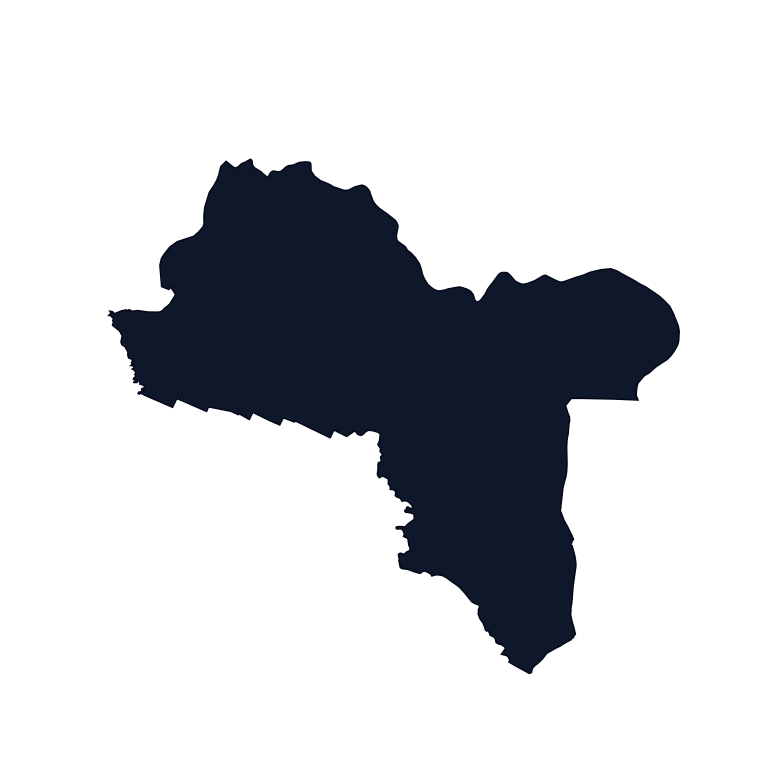 outline of Ixhuatlán del Sureste, Veracruz, Mexico, rotated 115°
{"feature_id": "50627088B30593781264169", "entity_name": "Ixhuatlán del Sureste", "entity_type": "district", "adm_level": 2, "iso_a3": "MEX", "parent_name": "Mexico", "parent_adm1": "Veracruz", "projection": "natural_earth1", "projection_center": [-94.38, 17.981], "detail": "fine", "context": "isolated", "style": "filled", "palette": "ink", "viewbox_px": 768, "rotation_deg": 115, "n_neighbors": 0, "source": "geoboundaries", "source_scale": "gbopen_adm2", "svg_char_len": 6171}
<svg xmlns="http://www.w3.org/2000/svg" viewBox="0 0 768 768"><g transform="rotate(115 384 384)"><path d="M511.0,118.5L508.4,119.8L503.0,121.3L487.0,127.3L468.0,133.1L464.9,134.6L459.7,138.0L452.9,143.6L450.9,145.5L450.6,146.9L450.1,147.3L448.3,146.7L446.9,147.2L446.0,146.8L444.6,146.7L442.1,149.4L436.0,157.0L431.3,163.4L424.3,170.6L403.0,177.8L397.4,179.0L391.5,179.9L386.3,181.4L379.2,184.3L364.2,191.7L359.1,193.8L355.0,195.2L351.4,196.0L341.8,199.6L338.9,200.2L335.3,202.2L333.2,204.5L326.9,210.4L317.9,208.2L313.4,198.6L300.2,168.7L291.2,147.0L287.8,150.6L284.2,152.1L278.7,153.8L275.9,154.2L266.4,151.6L262.0,148.5L253.3,144.7L241.8,137.6L237.1,136.0L233.4,135.2L226.7,134.4L223.5,134.5L220.3,135.2L211.5,138.7L206.9,141.9L198.0,151.4L192.9,157.8L189.9,165.6L187.9,172.4L185.5,187.2L185.2,194.5L184.4,201.3L183.6,215.2L183.1,220.2L183.7,227.1L188.6,235.5L196.0,244.8L201.0,249.2L205.5,254.3L215.6,264.6L217.3,267.6L217.5,271.9L217.2,283.7L218.7,285.5L226.8,291.1L232.0,296.2L234.6,299.4L235.4,301.9L235.5,305.3L235.4,308.3L232.5,314.7L231.5,317.3L231.1,319.7L232.8,323.6L234.1,325.2L236.1,326.4L245.1,328.1L249.8,329.3L254.2,330.1L260.4,330.3L262.4,330.9L264.3,331.1L267.2,331.9L268.8,332.6L270.0,334.0L270.3,335.8L269.2,337.5L265.1,341.2L263.3,344.9L263.0,349.0L263.8,355.2L264.6,357.3L266.8,360.5L270.7,366.0L273.1,368.5L276.2,372.9L277.1,376.1L277.1,378.7L276.7,381.1L276.0,383.9L275.1,386.6L271.7,391.7L269.7,394.1L267.3,396.5L264.1,398.9L261.7,401.1L259.6,403.5L256.1,409.3L254.0,414.6L252.8,419.5L251.2,421.7L250.3,423.9L249.0,431.3L248.0,433.1L246.4,434.4L244.0,435.6L235.2,437.9L233.8,439.0L232.5,440.4L231.1,442.6L230.2,445.7L228.5,453.2L226.8,462.6L225.2,467.1L223.7,470.0L221.7,472.4L217.1,477.1L215.5,478.3L214.1,480.7L213.3,482.7L212.8,485.0L212.9,487.5L213.8,489.0L216.7,492.6L218.9,494.8L222.9,497.7L224.4,499.8L225.2,501.6L225.8,504.5L225.9,507.0L226.7,513.2L226.2,516.9L226.2,520.1L226.6,527.4L225.1,534.5L221.8,540.1L215.5,543.3L214.4,545.0L215.8,548.9L219.0,554.4L223.8,558.6L226.5,562.8L229.2,564.8L232.0,565.8L235.3,567.6L236.6,569.8L237.1,572.2L237.8,574.4L239.5,575.7L241.6,576.3L243.2,576.3L246.0,576.9L244.6,582.5L243.5,585.8L242.9,592.0L242.1,594.2L240.9,595.8L237.2,598.2L236.7,600.0L241.1,603.1L244.7,606.3L248.0,607.6L250.3,608.9L251.3,610.9L250.8,613.8L248.9,621.2L256.0,623.8L264.6,622.0L270.0,621.6L277.0,622.2L284.2,623.3L299.6,621.1L307.7,618.3L314.9,614.8L317.9,614.4L324.7,616.3L330.6,618.9L342.4,631.5L350.6,636.1L360.3,638.3L364.5,638.7L371.1,637.3L389.7,626.7L389.2,618.9L386.4,617.9L391.0,610.7L402.4,612.0L408.4,615.0L410.9,615.7L413.2,617.3L414.6,619.6L418.4,628.1L421.7,638.7L424.5,642.9L424.3,646.4L425.7,647.2L425.9,649.2L428.6,652.7L433.0,656.9L433.7,657.3L434.0,659.1L433.2,660.7L433.9,663.2L434.5,662.2L435.7,661.6L438.0,662.4L437.5,661.6L438.4,658.6L438.1,658.1L439.4,656.7L440.9,656.8L442.1,655.8L442.5,655.0L443.3,654.7L444.2,655.2L445.5,654.9L447.6,646.3L450.9,641.6L457.3,640.1L459.4,637.7L459.3,635.2L462.0,631.2L463.7,629.3L466.0,628.5L468.2,626.6L468.3,625.4L467.9,623.7L469.8,621.1L471.0,622.0L471.9,621.3L472.0,620.2L474.1,621.2L473.5,620.0L474.0,619.3L473.7,618.1L474.0,617.4L474.6,617.3L476.9,618.4L476.7,616.8L477.3,616.0L477.4,615.4L478.7,613.6L480.1,613.6L480.5,613.9L480.7,613.3L482.2,612.3L484.6,613.3L485.6,613.1L484.8,611.8L485.3,610.8L488.1,611.6L488.4,611.4L487.3,608.9L486.6,608.5L485.0,608.3L484.6,607.8L486.3,605.2L487.2,605.3L486.8,603.4L487.0,601.1L487.3,599.7L487.6,599.5L489.6,600.4L490.9,601.6L491.4,601.3L491.8,599.9L494.2,601.4L494.9,602.7L496.5,602.9L496.6,601.6L495.5,601.6L495.1,597.9L495.3,596.1L494.5,565.8L484.7,565.6L483.8,533.2L478.9,533.4L473.5,511.5L473.3,503.0L472.1,503.1L473.1,491.7L473.0,491.0L465.1,491.0L465.5,473.2L465.2,461.2L457.2,461.0L456.3,449.1L454.9,449.1L455.5,410.1L446.9,409.9L447.3,395.7L439.0,390.8L439.3,389.1L440.5,387.3L440.7,385.1L440.2,383.1L439.1,382.0L435.1,380.5L433.4,379.3L432.0,377.7L430.7,372.8L430.3,368.9L430.6,366.9L431.1,366.2L436.0,364.5L438.8,363.9L441.1,364.1L442.3,362.9L443.3,360.7L444.5,359.6L446.6,359.1L447.3,358.1L448.5,355.7L449.5,355.2L451.0,356.3L452.4,355.8L453.9,354.4L456.3,354.0L457.6,355.8L459.6,355.4L463.5,353.5L468.6,351.9L469.5,351.0L470.7,349.4L470.8,348.5L469.1,347.4L468.0,346.3L468.1,341.4L468.3,340.2L469.7,339.1L472.6,338.0L474.5,334.7L476.9,333.8L476.0,331.5L475.8,330.0L476.4,328.5L477.1,327.5L480.1,326.8L480.7,325.9L480.9,324.2L480.6,321.1L481.6,319.5L482.6,318.4L482.1,317.4L480.9,315.9L480.4,313.5L480.7,311.3L482.2,307.3L483.5,305.9L484.4,305.9L484.9,306.4L485.6,307.5L485.7,308.4L485.3,309.5L485.3,310.3L485.8,311.2L486.9,311.3L487.9,310.7L488.5,310.8L489.7,311.7L490.3,311.6L491.1,310.1L490.4,308.5L489.5,304.9L489.2,302.5L489.6,301.7L493.6,299.5L494.8,299.9L498.1,301.8L498.7,301.8L499.9,302.9L504.1,304.3L505.2,305.5L505.6,307.5L507.9,312.0L509.0,312.4L509.9,311.8L509.8,310.5L508.4,308.2L508.1,306.7L508.5,305.3L510.5,302.8L512.0,302.0L513.9,301.9L513.8,298.4L514.1,297.0L519.9,293.1L521.4,291.3L522.6,290.4L525.0,290.8L526.8,292.6L527.7,292.8L529.4,293.8L530.2,294.5L530.2,297.1L530.8,298.1L531.8,298.7L532.8,298.8L535.7,296.5L537.8,295.8L543.2,291.9L543.7,290.6L543.5,288.9L541.9,284.2L541.5,278.5L540.6,272.1L539.6,270.6L538.1,270.2L537.4,269.6L536.5,268.2L536.1,267.0L536.2,264.0L536.6,260.5L537.5,260.1L537.8,259.5L535.8,257.4L534.4,255.1L533.2,251.5L532.9,249.2L533.2,245.2L534.2,240.5L535.6,232.6L536.2,229.9L539.2,222.6L542.4,216.3L544.2,212.4L544.6,209.7L544.3,204.4L544.7,203.8L546.9,203.0L548.5,203.1L550.9,201.9L552.5,201.6L556.2,197.8L558.7,193.4L561.9,189.9L564.0,188.2L564.5,186.4L563.9,185.9L563.7,185.0L564.7,183.8L564.9,183.0L565.8,182.7L566.7,181.8L566.9,178.6L566.6,177.6L568.0,175.3L570.9,173.1L571.2,169.3L570.2,168.0L571.0,166.2L571.0,164.5L571.7,162.1L579.3,163.4L578.3,158.2L579.0,155.7L581.5,153.1L583.1,153.3L583.8,147.0L584.9,129.9L583.1,128.4L581.4,128.9L578.5,129.3L575.0,128.1L572.2,126.5L565.8,124.1L559.3,122.7L550.5,116.5L549.5,115.5L548.6,114.9L546.7,113.3L543.6,111.5L537.2,106.8L536.9,107.4L535.9,106.2L534.9,106.6L533.9,105.2L533.5,105.8L529.8,104.8L523.7,109.7L519.7,113.3L514.0,117.5L511.0,118.5Z" fill="#0f172a" stroke="#020617" stroke-width="1.5"/></g></svg>